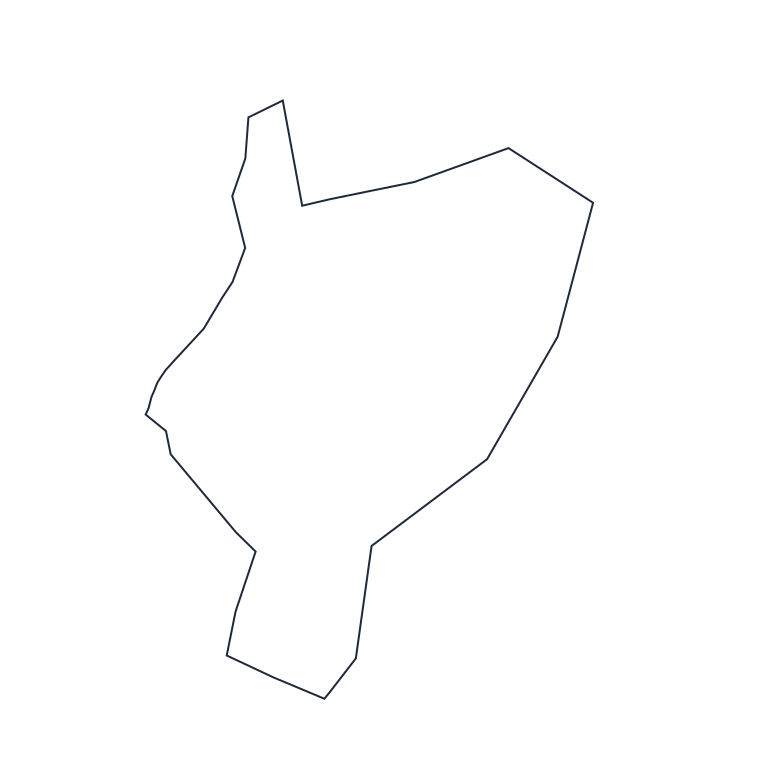 Sainshand, Dornogovi, Mongolia (Equal Earth projection), rotated 169°
{"feature_id": "93677404B78585680282689", "entity_name": "Sainshand", "entity_type": "district", "adm_level": 2, "iso_a3": "MNG", "parent_name": "Mongolia", "parent_adm1": "Dornogovi", "projection": "equal_earth", "projection_center": [110.055, 44.624], "detail": "fine", "context": "isolated", "style": "outline", "palette": "slate", "viewbox_px": 768, "rotation_deg": 169, "n_neighbors": 0, "source": "geoboundaries", "source_scale": "gbopen_adm2", "svg_char_len": 607}
<svg xmlns="http://www.w3.org/2000/svg" viewBox="0 0 768 768"><g transform="rotate(169 384 384)"><path d="M496.8,91.2L464.0,120.0L427.1,227.4L297.2,290.5L204.5,397.3L144.2,522.0L144.6,522.4L216.8,591.8L315.7,576.5L362.2,576.1L401.7,575.7L430.3,574.6L429.3,681.6L466.2,671.6L477.1,631.8L497.1,597.4L494.3,544.1L513.2,513.1L526.2,499.8L550.3,472.8L585.6,446.9L595.6,439.4L601.7,433.4L606.2,428.6L611.1,420.9L614.7,415.7L619.6,405.4L623.8,399.5L607.0,379.4L606.8,355.7L557.7,266.8L542.0,244.0L573.1,189.0L590.2,147.5L548.7,117.2L502.6,86.4L496.8,91.2Z" fill="none" stroke="#1e293b" stroke-width="2"/></g></svg>